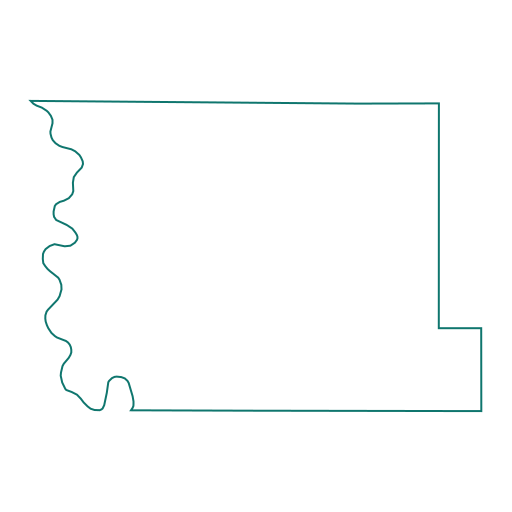 the district of Harrison, Iowa, United States of America
{"feature_id": "52423323B91984368799839", "entity_name": "Harrison", "entity_type": "district", "adm_level": 2, "iso_a3": "USA", "parent_name": "United States of America", "parent_adm1": "Iowa", "projection": "robinson", "projection_center": [-96.054, 41.686], "detail": "fine", "context": "isolated", "style": "outline", "palette": "teal", "viewbox_px": 512, "rotation_deg": 0, "n_neighbors": 0, "source": "geoboundaries", "source_scale": "gbopen_adm2", "svg_char_len": 1506}
<svg xmlns="http://www.w3.org/2000/svg" viewBox="0 0 512 512"><path d="M357.9,103.6L30.7,100.9L33.4,103.7L36.6,105.6L41.8,107.6L46.7,110.8L48.3,112.3L50.9,115.9L52.5,119.8L52.5,123.3L50.4,131.5L50.5,133.7L51.5,137.6L52.8,140.2L55.5,143.2L59.3,145.8L62.4,147.0L71.4,149.3L75.2,151.3L79.4,155.0L81.0,157.5L82.7,161.3L83.0,164.0L81.7,167.6L76.9,172.6L73.8,177.1L72.9,182.7L73.3,191.1L72.2,194.3L68.8,198.2L63.9,200.7L59.8,201.9L56.1,204.2L54.8,206.0L53.6,211.5L53.6,214.3L54.1,216.9L56.2,220.0L66.8,225.0L72.3,228.6L75.5,232.7L76.8,234.9L77.4,236.5L77.5,238.2L77.0,239.8L74.9,242.7L70.4,245.7L64.7,246.3L54.5,244.2L49.7,246.0L45.6,249.1L43.9,251.7L43.0,254.0L42.8,258.8L42.8,259.0L43.3,263.2L45.3,266.2L47.5,268.9L50.0,271.2L58.2,277.7L59.5,279.7L61.3,284.8L61.5,289.4L59.6,296.1L57.6,299.6L48.1,309.6L46.6,311.6L45.4,315.3L45.3,318.6L45.7,321.6L46.9,325.2L48.3,328.2L51.4,332.9L54.9,336.1L57.0,337.5L66.0,341.0L68.0,342.5L69.7,344.6L70.8,347.1L71.3,349.8L71.3,352.4L70.4,355.0L68.7,357.9L63.8,363.7L62.5,366.1L61.0,372.5L60.7,375.7L62.2,382.5L65.3,388.9L66.3,390.0L71.7,392.0L77.0,394.7L80.9,398.8L83.6,402.4L87.6,406.4L90.6,408.7L94.5,410.0L99.7,410.2L101.5,409.4L102.6,408.5L104.2,405.2L106.8,392.8L108.3,382.2L109.1,380.9L112.0,378.1L114.5,376.9L116.7,376.6L121.3,377.1L124.8,378.4L127.5,380.9L128.7,383.0L132.6,396.2L133.5,401.4L133.5,404.1L133.4,406.0L132.6,407.9L131.0,410.3L252.7,410.7L481.3,411.1L481.2,328.2L438.8,328.2L438.9,103.4L357.9,103.6Z" fill="none" stroke="#0f766e" stroke-width="2"/></svg>